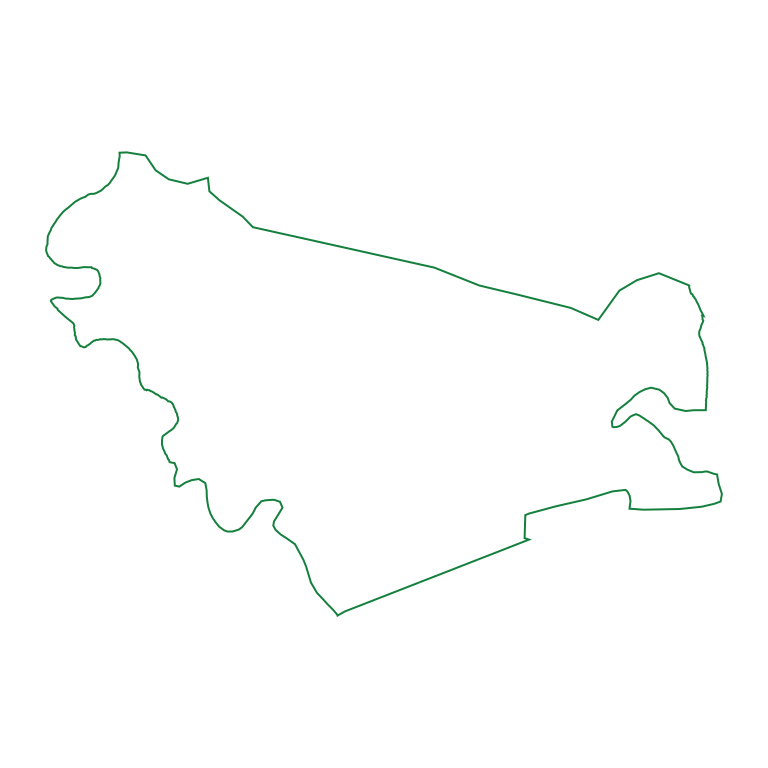 Cabiche/Babonneau, Castries, Saint Lucia
{"feature_id": "8701671B82490011784618", "entity_name": "Cabiche/Babonneau", "entity_type": "district", "adm_level": 2, "iso_a3": "LCA", "parent_name": "Saint Lucia", "parent_adm1": "Castries", "projection": "orthographic", "projection_center": [-60.956, 14.006], "detail": "fine", "context": "isolated", "style": "outline", "palette": "green", "viewbox_px": 768, "rotation_deg": 0, "n_neighbors": 0, "source": "geoboundaries", "source_scale": "gbopen_adm2", "svg_char_len": 5982}
<svg xmlns="http://www.w3.org/2000/svg" viewBox="0 0 768 768"><path d="M337.5,615.6L344.7,611.5L529.0,539.6L524.6,538.1L525.3,515.1L528.9,513.6L556.3,506.2L585.8,499.5L612.5,491.4L625.5,489.9L627.4,491.5L629.6,495.6L630.5,501.1L629.5,508.7L643.4,509.7L679.8,509.0L701.8,506.7L714.3,503.8L720.6,501.5L721.9,493.9L718.7,484.0L717.5,477.1L717.1,474.5L713.9,473.8L707.2,471.5L705.3,471.5L701.9,472.1L693.8,472.3L687.3,469.6L683.4,467.2L682.3,466.6L680.9,464.1L679.9,462.2L678.9,459.6L678.2,456.2L676.6,453.2L673.2,445.4L670.9,441.6L668.9,439.5L664.3,437.2L663.1,435.9L658.7,430.5L653.7,425.3L648.3,421.4L639.4,415.5L636.1,414.2L633.2,415.2L630.3,416.7L627.8,419.3L625.3,421.8L620.0,425.9L616.8,427.0L613.9,427.2L612.4,426.8L611.8,421.6L617.3,410.4L626.2,403.5L631.0,399.5L634.5,395.6L639.6,392.0L645.0,389.3L651.1,387.7L659.4,389.7L664.2,393.3L667.7,397.9L669.6,403.1L674.7,408.6L685.6,411.0L694.1,410.2L705.8,410.2L705.9,406.9L706.1,405.0L705.9,404.3L706.1,403.3L706.2,401.2L705.9,400.5L706.2,399.3L706.2,398.6L706.7,397.3L706.7,396.7L706.5,395.4L706.8,394.5L706.8,393.7L706.7,393.1L706.8,391.2L706.8,390.5L707.0,389.6L707.0,388.7L707.3,387.2L707.0,385.3L707.3,384.4L707.2,383.1L707.4,380.0L707.2,379.3L707.4,377.1L707.4,376.2L707.7,374.9L707.3,374.0L707.6,372.3L707.6,371.6L707.3,370.5L707.3,369.5L707.5,368.6L707.3,366.8L707.2,366.1L707.2,364.6L707.0,363.9L707.1,362.5L706.7,361.7L706.4,359.6L705.6,356.1L705.5,354.7L704.8,352.0L704.6,350.6L704.3,349.7L704.5,348.2L703.8,347.1L703.0,344.5L702.5,343.9L702.6,342.7L702.4,342.2L701.3,340.3L701.1,339.5L700.5,338.5L699.9,336.8L699.4,336.1L699.2,333.8L699.3,331.6L699.6,330.5L700.3,329.1L700.6,328.2L701.2,325.7L701.7,324.5L702.8,322.2L702.9,321.5L703.3,320.7L702.5,319.4L702.5,317.4L702.3,316.1L702.0,315.5L702.8,315.3L703.4,315.6L700.4,309.8L698.8,305.8L697.8,303.6L697.3,302.9L697.0,302.3L696.5,301.4L696.2,300.4L695.1,298.6L694.4,297.8L693.8,296.7L693.0,296.1L692.8,295.2L692.5,294.4L691.8,294.1L691.0,293.6L690.3,291.7L690.0,290.0L689.4,288.3L689.1,286.9L689.3,285.5L658.9,273.2L636.9,280.2L619.4,290.6L598.3,319.9L570.7,307.9L517.0,294.5L479.3,285.5L434.3,267.6L252.9,227.2L242.8,216.7L219.5,200.3L209.4,191.3L207.9,177.8L187.6,183.8L168.8,179.3L155.7,170.4L145.5,155.4L126.7,152.4L119.5,152.7L119.7,156.5L119.1,159.4L118.7,161.9L118.4,165.0L118.4,166.0L118.2,167.9L115.3,174.8L114.6,176.0L113.6,177.5L111.1,180.9L109.5,183.3L107.9,184.9L104.9,186.9L103.3,188.6L100.7,190.8L98.5,191.9L96.5,192.9L94.6,193.6L93.3,193.9L91.1,193.8L88.4,194.5L85.2,196.9L82.7,197.7L80.4,198.7L78.0,200.1L74.8,202.0L71.1,205.2L68.5,207.5L65.4,209.8L63.2,211.8L60.0,215.5L58.5,217.6L56.9,219.5L56.0,221.2L54.7,223.1L53.9,224.2L52.8,226.0L51.6,227.6L50.6,230.6L49.8,231.9L48.9,233.8L47.8,236.3L47.5,242.1L47.5,244.2L46.6,246.3L46.4,247.0L46.1,250.5L46.9,253.2L47.6,254.6L48.0,256.0L49.3,257.0L50.4,258.7L51.2,259.3L52.1,260.6L53.0,261.4L53.9,262.6L54.5,263.2L56.0,264.1L57.8,265.2L59.3,265.7L60.3,266.1L61.7,266.3L63.4,266.9L66.3,267.4L68.1,267.7L71.5,267.6L74.4,268.0L76.9,268.0L79.4,267.8L81.4,267.5L83.6,267.1L85.5,267.1L88.5,267.3L91.5,267.2L91.9,268.0L93.9,268.6L97.1,269.9L98.1,271.2L98.9,273.1L99.5,274.7L99.7,276.4L100.4,278.2L100.2,279.0L100.4,283.4L99.7,285.5L98.6,287.3L98.3,288.3L95.9,291.6L95.1,292.6L93.9,293.9L93.0,295.0L92.1,295.8L90.3,296.6L89.4,296.9L88.5,297.2L86.8,297.2L83.7,297.7L82.0,298.2L77.3,298.6L76.0,298.6L73.6,298.9L72.0,299.0L67.3,298.6L66.6,298.7L64.5,298.3L62.7,297.8L61.2,297.8L58.4,297.5L56.5,297.5L54.2,298.4L51.3,299.8L50.8,301.0L54.6,306.4L57.5,308.6L57.7,309.9L65.8,317.2L72.8,322.8L73.3,323.2L74.4,325.9L74.0,327.2L74.3,328.6L74.4,330.4L74.7,331.8L74.9,333.0L74.8,335.3L75.8,336.4L75.7,337.0L75.9,338.4L76.2,339.8L76.9,340.8L78.4,343.3L80.4,346.2L81.2,346.2L82.8,346.9L83.7,347.3L85.0,347.2L86.1,346.7L86.5,346.0L87.1,345.6L88.0,345.2L88.7,344.8L89.2,344.3L90.2,343.7L91.1,342.7L92.4,341.8L93.2,341.2L94.2,340.6L95.2,340.5L96.2,339.9L98.5,339.9L99.6,339.4L100.5,339.2L101.2,339.4L103.5,339.1L105.0,339.1L106.4,339.4L107.8,339.5L109.2,339.3L110.1,339.5L111.3,339.2L113.8,339.2L115.7,339.7L116.8,339.8L117.8,340.2L119.3,340.9L120.3,341.6L121.1,342.3L121.9,342.6L122.6,343.2L123.5,343.9L124.9,345.1L125.9,345.8L127.9,347.6L128.7,348.2L129.6,349.2L130.0,349.8L130.6,350.5L131.3,351.1L131.9,351.7L135.2,356.5L135.6,357.5L136.7,359.2L137.3,361.1L137.8,362.8L138.1,364.4L138.0,365.1L138.0,366.0L137.8,367.1L138.0,368.0L138.8,370.5L139.4,371.8L139.4,374.4L139.3,376.9L139.5,378.1L139.6,379.3L139.9,380.8L139.9,381.4L140.2,382.4L140.8,383.2L140.8,384.2L142.1,386.3L143.0,387.5L143.3,388.1L144.4,389.5L145.0,389.8L146.1,389.7L146.5,390.2L147.2,389.8L148.5,390.2L149.1,390.1L150.1,390.8L151.0,391.2L151.7,391.3L152.6,392.0L153.4,392.3L154.6,393.3L155.8,393.9L156.2,394.4L157.5,394.6L161.5,397.7L162.2,397.5L165.7,399.0L166.7,399.8L167.1,400.2L168.2,401.3L169.8,401.5L171.2,402.3L171.7,402.7L172.5,403.7L173.0,404.5L173.5,405.6L173.7,406.8L174.3,407.6L174.8,408.9L175.4,409.9L175.8,411.9L176.6,412.9L177.2,414.3L177.2,415.6L177.9,417.3L178.0,418.1L178.2,420.0L177.8,421.0L177.3,422.8L176.0,424.2L175.5,425.1L174.1,427.4L173.2,428.5L170.9,430.3L169.6,431.1L167.2,432.9L164.1,435.1L162.9,436.1L162.5,436.9L162.0,440.4L162.1,441.5L161.9,443.4L162.1,445.1L162.5,446.2L162.9,448.2L164.7,452.0L165.3,453.7L166.6,455.2L167.1,456.4L167.2,457.0L167.8,458.2L167.9,458.7L168.3,459.5L169.1,460.2L169.6,462.1L170.2,462.3L174.6,463.1L177.0,469.3L174.4,478.0L174.8,485.6L179.3,486.6L185.4,482.6L191.5,480.2L198.9,479.0L201.1,480.5L205.3,483.0L206.6,490.1L206.8,496.5L207.6,503.3L208.5,507.8L210.5,513.8L212.7,518.0L216.0,522.8L219.3,526.8L224.1,530.3L227.2,531.5L232.6,531.5L238.8,529.6L242.1,527.2L252.6,513.7L255.8,507.5L261.3,501.3L265.5,500.3L272.8,499.8L274.5,499.9L280.0,501.8L282.5,507.6L278.4,514.4L274.0,521.4L273.3,525.7L275.7,530.0L280.7,534.5L286.0,537.9L295.0,544.2L303.5,560.0L306.1,566.5L311.0,582.7L317.0,592.9L323.4,599.6L327.4,604.1L332.9,609.6L337.1,614.5L337.5,615.6Z" fill="none" stroke="#15803d" stroke-width="2"/></svg>